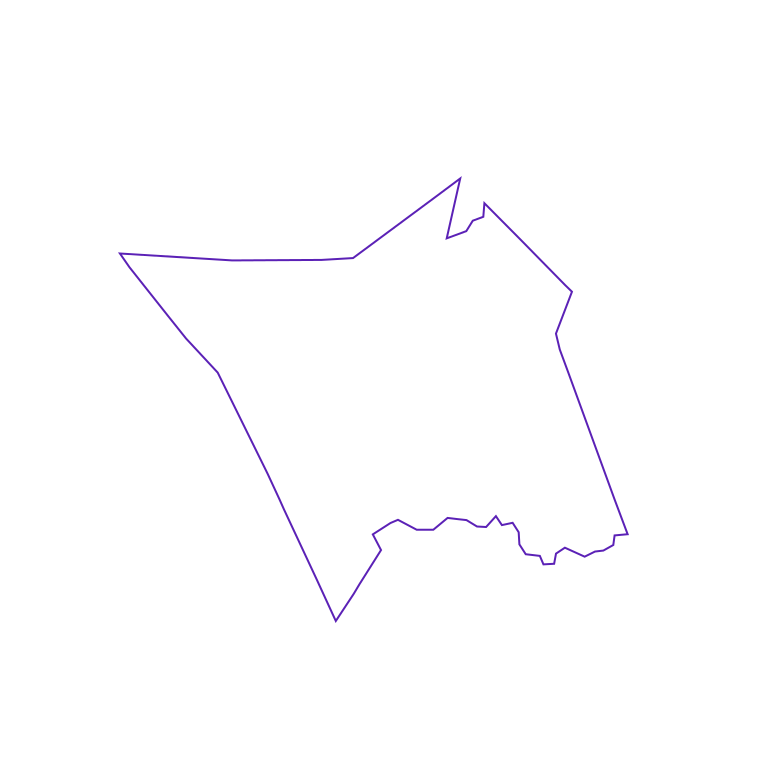 Jurema, Pernambuco, Brazil (Robinson projection), rotated 316°
{"feature_id": "56859067B8163642250611", "entity_name": "Jurema", "entity_type": "district", "adm_level": 2, "iso_a3": "BRA", "parent_name": "Brazil", "parent_adm1": "Pernambuco", "projection": "robinson", "projection_center": [-36.144, -8.75], "detail": "fine", "context": "isolated", "style": "outline", "palette": "violet", "viewbox_px": 768, "rotation_deg": 316, "n_neighbors": 0, "source": "geoboundaries", "source_scale": "gbopen_adm2", "svg_char_len": 862}
<svg xmlns="http://www.w3.org/2000/svg" viewBox="0 0 768 768"><g transform="rotate(316 384 384)"><path d="M454.9,661.3L469.5,627.6L524.6,503.6L534.4,481.3L542.7,467.2L583.3,448.2L583.0,438.6L582.5,375.0L581.8,323.7L571.6,332.7L561.3,328.2L549.4,331.2L530.3,322.8L581.6,289.1L549.4,285.0L449.2,271.9L425.2,251.3L360.7,189.7L284.7,106.7L282.0,123.2L275.9,185.2L273.2,213.8L272.3,260.3L237.9,367.8L228.6,394.6L225.0,404.5L199.8,477.9L184.7,521.0L216.5,513.9L227.2,511.0L266.5,501.4L271.5,484.4L292.1,488.5L299.7,491.4L306.3,511.6L318.3,523.1L336.7,524.5L342.9,532.1L348.8,539.2L351.9,551.1L358.1,557.8L372.7,556.8L370.8,567.4L380.1,573.2L377.9,584.2L370.0,593.4L367.7,604.9L376.7,615.9L373.4,624.5L381.5,631.5L389.9,625.5L400.4,627.4L408.4,647.6L419.4,651.1L426.1,656.2L437.1,659.1L444.7,653.1L454.9,661.3Z" fill="none" stroke="#5b21b6" stroke-width="2"/></g></svg>